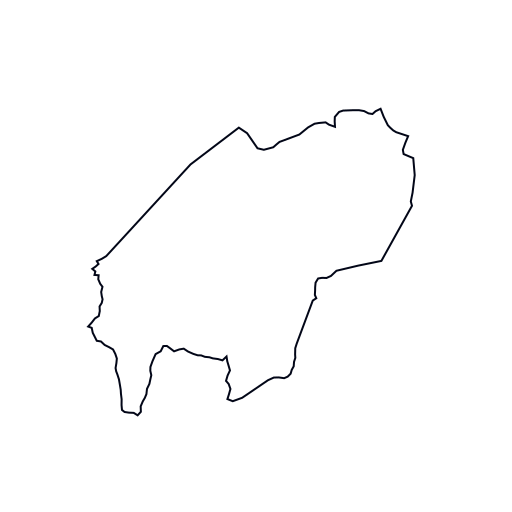 Caraúbas, Paraíba, Brazil, rotated 242°
{"feature_id": "56859067B97216442550612", "entity_name": "Caraúbas", "entity_type": "district", "adm_level": 2, "iso_a3": "BRA", "parent_name": "Brazil", "parent_adm1": "Paraíba", "projection": "natural_earth1", "projection_center": [-36.523, -7.775], "detail": "fine", "context": "isolated", "style": "outline", "palette": "ink", "viewbox_px": 512, "rotation_deg": 242, "n_neighbors": 0, "source": "geoboundaries", "source_scale": "gbopen_adm2", "svg_char_len": 2001}
<svg xmlns="http://www.w3.org/2000/svg" viewBox="0 0 512 512"><g transform="rotate(242 256 256)"><path d="M326.2,123.7L325.9,118.5L326.2,113.0L322.9,113.2L322.0,109.6L321.5,105.4L317.8,106.9L315.1,104.5L312.9,108.0L309.5,105.8L304.6,105.4L300.9,106.0L296.9,102.4L293.0,101.0L289.8,100.2L287.0,97.8L284.9,94.2L280.7,92.2L276.8,89.0L276.5,84.5L274.3,79.6L272.5,74.7L269.7,77.2L264.8,75.8L255.9,75.6L253.3,79.0L248.5,80.6L244.6,83.4L240.6,85.9L235.6,85.8L230.8,85.0L226.9,82.4L223.0,79.4L219.8,78.4L216.5,78.0L211.5,77.1L205.4,75.1L201.3,73.7L197.8,72.1L192.6,70.1L187.5,67.3L183.0,65.4L180.0,66.7L177.4,70.2L174.9,74.4L170.9,76.7L172.5,81.2L177.4,83.6L180.8,87.8L182.9,91.2L185.5,94.4L189.9,97.4L193.1,101.8L196.7,104.8L199.9,107.6L204.3,108.8L207.6,110.7L211.7,115.2L216.5,121.3L216.6,127.1L220.0,131.9L218.4,135.1L214.7,136.9L210.3,138.9L209.5,144.5L208.1,148.7L203.6,151.1L199.0,154.7L195.7,157.9L194.0,160.9L191.0,163.5L188.4,167.4L185.9,169.8L182.9,174.0L179.6,177.4L181.1,182.8L176.5,181.2L172.0,180.3L167.2,179.3L163.8,174.8L159.8,170.9L155.8,171.8L150.6,171.0L146.4,167.0L143.1,163.6L138.7,167.3L137.3,177.2L140.7,208.3L140.3,214.7L138.1,219.1L134.9,223.5L134.6,227.3L135.8,231.3L138.7,234.1L140.9,237.5L144.7,239.9L147.6,242.9L150.7,244.3L156.2,247.4L159.6,250.9L190.0,285.2L190.4,289.4L194.0,289.7L197.8,292.0L200.7,293.6L204.5,296.1L207.0,300.3L205.7,304.1L203.5,307.9L203.2,312.8L205.2,320.1L199.5,341.8L192.8,364.4L227.1,417.3L231.5,418.3L238.3,423.9L252.9,434.1L268.6,440.8L271.5,438.4L276.7,434.2L280.8,435.5L285.9,441.1L290.4,446.6L299.5,437.9L302.5,436.1L306.4,434.7L309.6,433.8L319.0,434.1L327.5,435.1L327.7,429.6L326.7,425.5L329.1,422.3L333.2,419.5L336.3,415.5L339.0,410.5L343.5,401.2L344.2,397.0L341.8,390.9L338.0,388.7L333.0,386.4L337.7,382.1L341.3,380.2L343.9,374.0L345.3,369.8L345.1,362.4L342.9,351.3L345.7,330.3L344.9,326.5L343.9,322.3L346.1,312.8L350.4,307.9L368.6,305.8L377.4,301.1L367.6,241.2L331.4,138.5L326.2,123.7Z" fill="none" stroke="#020617" stroke-width="2"/></g></svg>